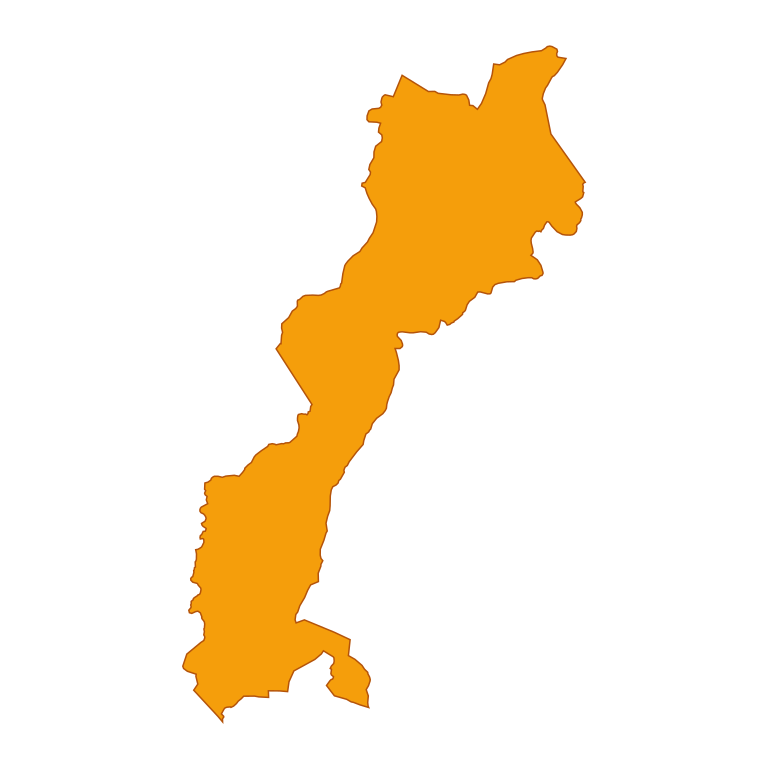 the district of Yaonáhuac, Puebla, Mexico
{"feature_id": "50627088B21776838121102", "entity_name": "Yaonáhuac", "entity_type": "district", "adm_level": 2, "iso_a3": "MEX", "parent_name": "Mexico", "parent_adm1": "Puebla", "projection": "mercator", "projection_center": [-97.449, 19.915], "detail": "fine", "context": "isolated", "style": "filled", "palette": "amber", "viewbox_px": 768, "rotation_deg": 0, "n_neighbors": 0, "source": "geoboundaries", "source_scale": "gbopen_adm2", "svg_char_len": 6062}
<svg xmlns="http://www.w3.org/2000/svg" viewBox="0 0 768 768"><path d="M585.2,182.3L550.9,134.0L545.0,104.8L542.5,99.7L542.3,98.3L543.3,93.7L545.6,87.9L547.4,85.5L551.4,78.1L552.4,76.6L554.3,75.7L557.4,72.3L562.7,64.6L566.0,58.5L558.0,57.2L556.8,55.8L556.7,53.4L557.5,51.5L556.9,49.2L552.1,46.6L549.8,46.1L547.3,46.6L545.7,48.1L541.5,50.7L532.0,51.9L523.7,53.5L516.5,55.5L507.5,59.5L505.0,62.1L499.6,64.8L493.7,64.0L492.2,74.2L491.0,78.6L488.7,82.8L485.7,93.6L481.5,103.4L477.4,109.3L472.9,105.6L469.6,105.3L468.8,100.0L466.5,95.2L465.0,94.4L462.8,94.1L458.9,95.0L451.2,94.8L438.1,93.3L434.8,91.4L428.4,91.5L402.1,75.3L393.3,96.7L385.1,94.8L383.9,95.5L382.3,97.1L381.8,98.4L381.0,102.0L381.8,105.1L380.6,107.3L378.9,108.3L372.1,109.0L368.9,110.9L367.1,115.9L367.0,119.7L368.9,121.8L376.8,122.2L380.6,123.2L378.9,128.1L378.5,132.1L381.8,134.9L382.3,138.0L381.6,141.5L375.7,146.2L374.0,151.9L373.9,157.7L369.9,164.5L368.8,169.5L370.5,172.0L370.2,174.5L365.3,182.4L362.1,183.2L361.7,186.0L365.2,187.8L367.0,193.5L369.1,198.3L372.2,204.1L375.7,209.0L376.4,211.5L376.9,216.5L376.6,222.0L373.1,232.7L369.3,238.4L367.5,242.0L362.1,247.9L359.9,251.5L353.1,255.8L347.9,261.1L345.7,264.0L344.8,265.6L342.9,273.6L341.6,283.0L340.7,284.0L340.3,286.3L339.4,287.9L328.0,291.2L326.3,291.9L324.3,293.5L321.2,295.0L318.6,295.4L312.8,295.1L305.4,295.4L303.0,296.3L299.5,299.5L297.7,300.2L297.3,301.3L297.4,306.3L295.8,308.5L292.3,311.1L288.7,317.6L281.8,323.8L281.6,328.1L282.6,332.4L281.6,335.3L281.0,343.7L280.3,343.6L276.1,348.8L312.0,404.5L310.7,406.5L310.1,411.2L308.2,412.0L308.1,413.4L307.0,414.8L305.7,414.1L303.9,414.2L301.6,413.7L298.4,414.5L297.8,415.8L297.5,418.1L297.5,420.5L298.9,425.0L299.1,427.9L298.4,431.6L297.4,434.0L296.9,436.2L289.9,442.4L288.7,442.8L285.6,442.9L283.5,443.8L281.7,443.6L276.0,444.8L274.9,444.2L272.2,443.7L268.8,444.4L267.7,446.4L261.5,450.6L256.0,454.8L254.3,456.8L251.4,462.5L248.1,464.9L244.8,468.2L244.7,469.5L242.6,472.4L239.1,476.3L234.3,475.3L225.9,476.1L222.3,477.3L218.1,476.3L214.3,476.3L212.9,477.0L211.4,478.3L210.8,480.1L208.0,482.1L204.9,483.0L204.6,489.3L205.7,490.6L204.6,493.2L205.1,494.7L207.1,496.4L206.3,499.9L207.7,503.7L201.3,507.1L200.4,508.2L199.9,509.8L200.0,511.3L201.0,512.7L203.5,513.9L204.8,515.3L205.8,517.1L206.1,518.6L205.1,521.2L201.5,523.4L202.0,525.1L203.1,526.4L206.0,528.3L206.2,528.8L205.3,531.2L203.2,531.4L201.6,534.7L200.4,535.5L200.0,537.4L200.3,539.0L202.6,538.6L203.5,539.0L203.8,539.9L203.9,542.3L202.5,545.3L201.6,547.0L200.0,548.1L197.9,549.3L195.7,549.7L196.5,553.9L196.4,559.3L195.9,561.0L195.2,561.9L195.4,567.1L194.5,567.6L194.2,569.9L193.7,570.4L193.9,572.3L192.7,576.7L191.5,577.3L190.7,578.7L190.9,580.3L192.8,582.2L197.1,583.4L197.6,583.9L198.3,585.3L200.7,588.0L201.0,589.7L200.4,592.8L199.6,594.3L197.7,595.1L197.5,595.6L194.0,597.9L193.2,599.0L193.2,599.7L191.2,601.4L191.2,603.8L190.7,605.0L191.1,606.4L190.9,607.7L188.8,610.2L189.4,612.7L191.1,613.2L191.8,613.4L195.7,611.6L197.9,611.2L200.3,612.8L201.9,617.0L201.7,617.8L202.0,618.7L204.3,621.7L204.7,624.1L204.4,628.1L203.9,628.9L204.4,631.7L203.8,634.9L204.6,636.3L204.8,637.7L203.8,640.5L200.8,642.5L186.8,654.1L182.8,666.2L183.6,668.5L187.4,671.3L196.2,674.2L195.9,676.3L197.8,684.1L193.7,690.2L217.9,716.3L222.6,721.9L222.5,718.8L223.7,717.2L223.7,716.3L221.4,713.9L224.0,709.1L225.2,707.8L227.0,707.2L230.4,706.9L230.9,707.4L233.6,706.1L236.4,703.6L238.2,701.2L241.3,698.7L243.7,696.2L254.5,696.1L258.9,696.9L268.6,697.4L268.4,690.8L279.5,690.9L287.6,691.6L289.0,681.7L293.9,670.9L314.9,659.4L321.4,653.9L323.4,650.8L333.2,656.8L333.9,657.7L334.2,661.1L333.7,663.5L331.3,666.1L330.2,668.5L331.5,669.3L330.9,673.6L331.4,674.9L333.5,676.7L333.3,677.6L332.6,679.1L331.2,679.5L329.8,680.9L326.5,685.5L334.4,695.8L346.7,699.3L351.2,701.9L353.3,702.3L360.1,704.9L368.7,707.5L368.1,706.1L367.7,702.5L368.3,695.9L366.2,689.6L368.5,685.7L370.1,680.9L370.2,679.4L369.6,677.1L367.9,673.8L367.7,672.3L364.5,669.2L362.0,665.4L354.9,659.3L348.4,655.6L350.1,639.7L334.6,632.4L304.4,619.9L296.1,622.9L295.1,619.9L295.8,614.5L297.7,612.0L299.8,605.7L304.6,597.6L307.7,590.2L310.6,584.9L318.4,581.6L318.2,573.2L320.9,566.1L320.9,564.4L322.8,560.7L321.0,558.5L320.2,555.1L320.3,549.2L323.8,540.5L326.0,533.1L327.2,531.0L326.0,523.2L327.6,516.4L329.7,510.6L330.1,505.8L330.3,495.9L331.3,489.8L332.8,486.7L336.1,485.0L338.1,483.0L338.8,480.5L340.4,479.2L344.3,472.3L343.9,470.2L345.0,467.2L347.3,465.5L349.2,461.7L356.7,451.8L363.1,444.5L363.8,440.5L365.9,434.0L368.7,431.9L369.5,430.3L370.7,429.1L372.3,423.7L376.6,418.3L382.8,413.7L385.2,410.6L386.4,408.3L386.8,404.4L387.6,401.3L389.2,396.6L391.1,392.7L392.4,387.7L393.5,385.0L394.0,379.2L399.1,369.9L399.1,365.6L398.4,360.5L396.5,352.8L395.1,348.5L400.0,348.5L402.2,346.7L402.6,345.7L402.5,344.0L401.2,340.5L397.4,336.4L397.1,334.9L397.5,333.3L398.4,332.3L400.0,332.0L402.2,331.8L410.1,332.8L413.1,332.8L420.6,331.7L426.3,332.2L429.1,334.0L431.7,334.5L433.4,334.2L435.2,332.7L438.9,327.6L440.6,320.2L444.4,321.4L445.7,322.6L447.2,325.1L449.8,324.4L451.3,323.1L453.9,322.0L454.3,321.0L457.7,318.7L462.5,314.4L462.7,312.8L464.8,311.1L465.5,310.0L467.1,304.8L469.4,301.3L474.8,297.3L477.7,292.1L480.1,291.9L487.7,293.9L490.1,293.8L491.0,293.0L492.7,287.1L494.9,284.6L498.3,283.3L506.9,281.8L514.5,281.6L515.8,280.3L518.1,279.6L522.0,278.5L528.1,277.7L531.8,277.7L533.7,278.8L535.8,278.9L537.7,278.4L540.3,275.8L542.0,275.4L543.0,273.6L543.0,272.4L540.9,265.3L537.3,259.8L530.9,255.3L532.8,253.3L533.1,252.1L532.6,248.5L531.3,243.3L531.0,240.5L531.4,238.0L535.3,232.1L536.8,231.0L538.4,231.4L539.3,231.0L540.9,231.8L541.8,230.0L543.4,228.5L544.6,225.1L546.9,221.8L548.2,221.8L549.2,222.4L551.8,226.1L557.1,231.7L562.4,234.5L565.6,235.0L570.3,235.1L572.6,234.7L574.1,233.9L576.3,231.5L576.9,228.4L576.6,226.3L576.9,225.0L579.5,222.7L580.8,220.7L580.8,218.9L581.5,217.9L582.3,214.8L582.3,212.3L579.9,207.8L576.4,204.2L575.4,202.7L575.3,201.9L580.7,198.6L582.6,196.9L583.8,192.5L582.8,191.8L583.2,186.4L582.7,184.3L583.7,183.0L585.2,182.3Z" fill="#f59e0b" stroke="#b45309" stroke-width="1.5"/></svg>